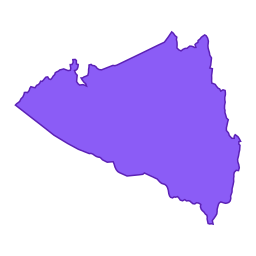 Boa Nova, Bahia, Brazil (Equal Earth projection)
{"feature_id": "56859067B98437240854807", "entity_name": "Boa Nova", "entity_type": "district", "adm_level": 2, "iso_a3": "BRA", "parent_name": "Brazil", "parent_adm1": "Bahia", "projection": "equal_earth", "projection_center": [-40.215, -14.372], "detail": "fine", "context": "isolated", "style": "filled", "palette": "violet", "viewbox_px": 256, "rotation_deg": 0, "n_neighbors": 0, "source": "geoboundaries", "source_scale": "gbopen_adm2", "svg_char_len": 3258}
<svg xmlns="http://www.w3.org/2000/svg" viewBox="0 0 256 256"><path d="M211.5,57.9L209.8,55.2L209.4,52.6L208.6,49.9L208.1,48.0L207.9,45.6L208.2,43.3L208.4,41.2L207.6,38.1L206.2,35.8L204.7,34.9L202.9,36.1L201.3,37.3L200.1,38.9L198.1,40.5L197.9,42.5L196.4,43.2L195.0,44.5L195.9,47.4L194.5,47.5L193.1,46.7L191.5,46.2L189.8,46.1L188.6,47.0L187.1,48.3L185.1,48.4L183.1,49.3L181.0,50.9L178.8,49.8L176.9,47.9L177.1,45.0L177.0,42.2L176.4,39.6L176.8,37.1L175.0,35.6L173.3,33.2L171.7,31.9L168.2,37.1L164.4,42.2L157.8,45.3L141.4,53.3L116.9,65.1L114.9,65.7L112.9,65.4L101.4,69.9L98.9,69.5L97.1,68.3L95.9,66.7L94.3,65.7L92.4,65.5L91.1,64.4L89.0,65.0L89.0,67.0L88.6,69.2L88.5,72.6L87.8,75.3L85.5,76.4L84.2,76.8L82.6,77.9L81.1,78.0L82.2,79.9L84.1,82.4L85.7,83.7L86.5,86.0L84.5,85.1L82.9,84.6L81.5,84.8L79.6,85.0L78.2,83.9L76.6,81.6L76.9,77.9L77.2,75.2L75.6,73.4L74.5,70.5L75.9,70.2L77.3,68.9L78.0,66.8L78.2,64.5L76.4,64.0L76.4,60.5L75.2,59.4L72.8,59.6L73.2,62.3L71.9,64.6L70.2,64.6L70.4,66.4L70.8,68.2L70.3,70.3L68.1,70.6L66.0,69.8L63.7,68.9L61.2,69.6L59.8,69.9L58.4,71.1L56.8,71.8L55.3,72.7L54.7,74.6L53.1,76.2L52.1,77.9L50.7,79.5L49.0,79.0L47.7,76.9L46.0,77.1L44.7,78.4L43.6,79.9L42.1,81.4L40.6,81.2L39.8,83.0L38.5,84.5L36.6,85.4L35.1,87.7L33.4,87.4L30.9,86.7L29.8,88.4L29.2,90.5L27.5,92.6L25.9,92.3L24.4,92.5L24.0,94.4L22.8,97.0L21.0,98.8L19.7,101.4L18.1,102.7L16.7,103.7L15.4,105.1L43.7,127.1L54.0,135.2L67.5,143.4L78.4,149.3L89.3,153.6L91.0,153.4L92.7,154.0L94.6,155.4L96.4,156.5L98.2,157.1L99.8,157.3L101.0,158.2L102.5,159.8L104.4,160.8L105.8,161.5L107.2,162.2L113.1,161.7L114.0,163.7L115.0,167.1L116.2,169.6L117.7,171.5L119.4,172.6L127.0,176.0L139.0,174.8L142.8,174.3L144.4,173.0L157.2,179.0L158.6,180.6L159.9,182.0L161.5,183.3L163.2,183.9L164.8,184.4L166.4,185.7L167.5,187.6L168.3,190.3L168.8,193.7L169.6,196.0L170.6,197.3L172.5,197.9L174.1,196.9L175.5,197.2L177.5,196.6L178.8,197.9L180.3,200.1L182.6,200.8L184.8,199.6L186.4,200.9L188.5,200.7L189.9,201.1L191.2,202.3L192.9,203.7L194.8,203.9L196.6,202.7L198.7,203.1L200.8,204.4L200.4,206.7L201.2,209.2L202.3,210.6L204.0,212.1L205.5,214.2L206.8,215.1L207.3,217.0L207.1,218.9L207.6,221.3L208.1,223.5L209.8,224.0L211.2,223.7L213.1,224.1L212.3,220.5L213.3,219.2L214.3,217.9L215.6,216.0L216.8,213.9L217.1,211.5L217.1,209.6L217.7,207.1L218.5,204.2L219.4,202.8L220.8,201.9L222.6,202.5L224.3,203.0L225.6,203.3L227.2,203.0L228.8,202.4L230.2,200.9L230.8,198.4L230.6,196.0L231.3,194.1L232.0,192.1L232.1,188.9L232.7,186.4L233.2,184.2L233.7,181.6L233.6,178.4L233.9,176.5L233.8,174.6L234.3,172.3L236.2,170.3L238.5,170.6L239.3,167.8L238.7,164.4L237.8,161.9L237.6,159.3L238.5,156.0L239.1,152.3L239.7,149.9L239.8,147.5L240.0,145.3L238.8,144.0L238.9,141.6L240.6,141.3L239.4,139.0L238.1,136.9L236.5,135.6L235.2,134.7L234.2,136.2L234.2,138.3L231.8,138.3L230.4,136.7L229.3,135.5L228.5,133.0L226.4,130.5L226.4,127.7L226.9,125.6L227.7,121.8L228.3,119.8L226.5,118.0L225.7,115.0L224.9,112.4L225.0,110.3L224.5,108.5L224.6,105.2L225.2,102.2L224.8,99.8L224.8,97.2L225.4,94.7L225.4,92.7L225.1,90.5L223.0,89.8L220.8,91.1L219.6,88.9L218.1,88.2L216.4,86.2L215.2,84.4L213.4,83.6L211.9,83.2L211.6,81.1L211.7,78.3L211.6,75.3L212.0,72.5L212.4,68.7L209.8,68.0L210.7,65.3L211.1,61.7L211.5,57.9Z" fill="#8b5cf6" stroke="#5b21b6" stroke-width="1.5"/></svg>